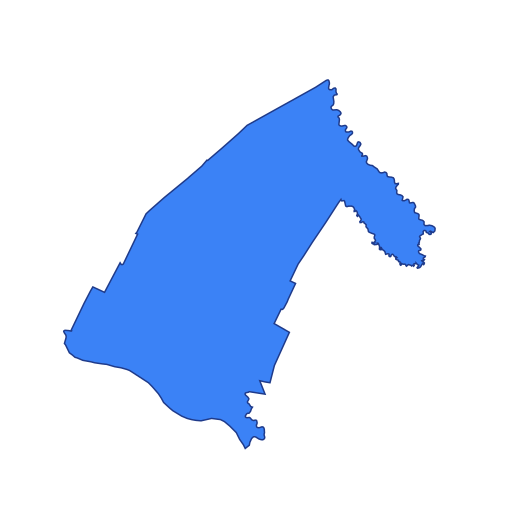 Lavalle, Corrientes, Argentina, rotated 285°
{"feature_id": "61730980B29008980854450", "entity_name": "Lavalle", "entity_type": "district", "adm_level": 2, "iso_a3": "ARG", "parent_name": "Argentina", "parent_adm1": "Corrientes", "projection": "mercator", "projection_center": [-58.887, -29.013], "detail": "fine", "context": "isolated", "style": "filled", "palette": "blue", "viewbox_px": 512, "rotation_deg": 285, "n_neighbors": 0, "source": "geoboundaries", "source_scale": "gbopen_adm2", "svg_char_len": 6100}
<svg xmlns="http://www.w3.org/2000/svg" viewBox="0 0 512 512"><g transform="rotate(285 256 256)"><path d="M444.7,280.3L444.5,279.4L443.7,278.3L434.4,269.9L379.9,213.6L369.9,207.5L351.6,195.4L335.8,184.6L335.9,183.8L328.8,180.4L314.7,170.8L313.7,170.2L288.9,152.4L272.2,141.3L268.3,138.9L248.1,134.8L246.7,134.1L246.5,136.0L213.9,129.9L213.1,129.1L212.9,128.0L214.3,126.5L181.7,119.1L183.9,106.4L179.4,105.2L165.9,102.2L136.6,96.7L136.1,97.3L135.6,96.9L135.5,94.5L134.8,90.7L133.9,89.8L133.3,89.8L132.0,90.9L130.4,92.8L129.0,93.5L127.7,93.7L121.9,93.6L120.9,95.0L114.2,100.8L112.8,104.4L111.3,107.4L111.3,109.5L110.4,115.7L111.1,124.2L111.1,127.6L112.0,135.4L112.7,139.9L112.5,148.1L113.1,154.6L113.0,160.9L112.7,163.5L105.8,184.8L102.9,189.7L97.7,197.4L94.2,201.3L90.6,204.7L86.7,212.1L85.0,215.8L82.1,225.7L81.3,231.5L81.3,236.2L81.7,240.6L82.6,245.6L87.6,255.1L88.8,264.0L87.9,268.3L85.0,274.6L80.3,282.7L74.6,287.7L70.4,292.7L67.3,295.4L71.5,298.5L74.5,298.3L78.6,299.0L80.7,300.3L81.1,301.5L81.1,302.6L80.0,306.3L79.9,308.6L80.2,310.0L80.8,310.8L81.7,311.3L82.6,311.5L83.5,311.2L85.1,310.2L86.4,309.9L87.3,310.0L90.9,308.8L92.1,308.0L92.7,306.9L92.4,305.7L91.1,303.8L90.7,302.5L90.7,301.5L91.2,300.8L92.3,300.3L93.1,300.1L94.1,300.4L95.6,300.1L97.3,299.1L97.4,298.3L97.2,297.5L96.5,296.5L96.5,295.3L96.7,294.3L98.1,292.3L98.3,291.3L97.6,289.6L97.4,288.4L97.8,287.5L98.7,287.1L100.5,287.6L101.1,287.8L101.9,288.6L102.3,289.9L102.9,290.2L104.5,290.9L107.3,291.1L109.1,291.7L109.2,289.9L111.4,287.5L111.7,286.3L112.7,285.5L113.4,285.5L115.6,286.1L116.4,286.0L117.6,284.6L118.9,282.0L119.6,281.3L120.6,281.1L121.3,281.7L122.5,284.0L123.2,284.5L124.9,300.5L136.5,291.9L136.7,297.2L137.2,302.3L155.0,302.1L190.9,308.0L195.4,291.0L211.1,294.0L211.3,295.5L213.0,296.4L219.9,298.0L222.7,298.3L239.7,301.3L240.8,295.4L259.2,298.8L268.4,302.0L283.9,306.9L306.5,314.7L328.8,321.9L332.6,323.4L331.7,323.9L331.4,324.6L332.3,326.7L331.8,327.4L327.5,329.7L327.2,330.7L327.5,331.7L328.0,332.2L328.9,335.3L328.8,336.6L328.4,337.5L327.9,338.1L326.5,339.2L325.3,339.1L324.4,339.3L324.7,340.2L325.7,340.8L325.2,341.8L324.3,342.5L323.4,343.0L321.0,342.9L320.6,343.8L322.1,344.2L321.0,345.8L318.8,348.1L317.7,348.1L316.0,347.4L315.2,347.9L315.5,348.9L316.7,350.2L316.7,351.4L315.8,351.9L315.3,353.3L314.7,354.3L312.7,354.7L311.1,357.1L308.7,358.3L308.3,359.1L307.8,362.5L307.8,363.8L307.5,365.0L306.9,365.4L304.8,365.3L303.4,365.8L302.9,366.8L301.6,367.5L300.8,367.0L299.8,367.4L299.0,366.8L298.9,366.0L299.5,365.6L299.2,364.5L298.3,364.7L298.0,365.4L298.0,366.5L297.5,367.3L298.4,369.7L298.8,370.2L299.9,369.8L299.9,370.8L297.5,372.7L296.3,373.1L296.6,374.8L295.9,375.4L295.2,375.2L295.5,374.4L295.3,373.3L294.6,373.4L294.2,374.1L294.3,374.9L295.1,376.5L294.5,377.4L294.3,378.3L293.2,379.7L292.6,379.9L291.2,380.8L292.4,382.9L292.2,384.1L291.5,384.3L290.7,384.3L290.1,384.8L290.0,385.7L290.5,386.3L291.3,386.2L292.5,386.7L293.0,387.2L292.9,388.1L291.5,389.7L291.2,390.6L291.7,391.3L290.9,392.6L290.2,391.6L289.2,391.8L288.9,392.7L288.7,394.7L288.0,394.8L287.4,395.5L287.7,396.4L287.0,397.0L285.8,397.0L285.0,397.4L284.5,398.0L285.0,398.6L286.5,398.2L286.1,400.0L286.7,402.1L286.3,402.9L285.5,403.3L285.1,404.0L287.2,405.4L287.1,407.9L286.6,409.0L287.4,409.4L287.7,410.1L287.0,410.9L287.8,411.3L288.7,410.7L289.5,410.7L290.0,412.6L290.7,412.4L289.6,414.1L289.3,414.8L289.3,415.6L288.1,415.4L286.5,414.6L286.0,415.1L286.6,416.3L287.3,417.2L288.3,417.8L291.2,418.6L291.8,419.1L291.1,420.2L291.8,420.5L292.8,420.5L293.5,419.5L293.6,418.2L294.4,417.4L295.1,419.2L296.1,419.6L296.3,418.3L297.5,418.2L299.0,419.6L299.8,419.6L299.7,418.6L300.4,415.8L300.6,413.6L301.2,412.6L302.1,411.9L303.1,411.8L303.7,412.4L303.9,413.1L304.5,413.6L305.5,413.5L306.8,411.5L307.2,410.3L307.9,409.5L308.9,409.4L309.2,410.5L309.8,410.6L310.6,409.7L311.5,410.2L313.1,409.9L314.8,410.3L315.7,410.3L316.9,409.0L317.7,409.1L320.0,411.1L320.6,411.9L322.9,411.1L324.1,411.7L324.4,412.7L323.9,414.0L323.0,414.3L322.7,415.5L322.7,416.6L321.7,417.6L321.8,418.4L322.2,419.3L323.8,419.5L324.7,417.5L325.2,418.2L324.5,421.1L326.3,422.2L327.1,422.2L328.9,421.9L329.8,421.2L330.3,420.1L330.8,418.1L330.6,415.2L330.0,414.5L329.1,411.5L329.9,410.1L332.5,409.5L333.2,408.5L333.6,407.2L333.5,405.6L333.7,404.0L334.5,403.4L337.1,403.1L338.3,402.6L338.8,401.4L339.0,398.0L340.6,397.1L342.6,396.8L344.6,397.5L345.8,397.0L348.1,395.0L348.4,393.8L347.2,391.4L347.1,390.5L349.5,389.2L350.0,388.6L349.9,387.2L348.9,386.3L347.8,385.0L347.4,383.5L347.6,382.8L351.2,382.7L352.1,381.4L352.4,379.7L352.2,377.6L352.4,376.4L353.2,375.6L355.8,375.1L357.3,373.4L358.7,373.3L361.0,374.2L362.1,374.9L363.0,374.7L362.1,372.8L361.9,371.7L363.2,370.6L364.6,370.2L366.2,369.4L367.1,368.4L367.2,366.4L366.8,364.2L366.8,362.4L368.1,361.6L369.6,361.0L370.3,360.0L370.4,358.5L369.4,357.2L368.7,355.5L368.6,354.2L369.2,353.0L371.5,350.5L372.8,346.6L373.5,345.2L373.2,342.5L373.6,340.2L374.5,338.8L375.5,338.2L378.8,338.5L380.1,338.0L381.1,337.1L381.3,335.9L380.1,333.5L379.8,332.4L380.5,332.2L381.3,332.6L382.0,332.5L382.7,332.1L383.3,329.9L383.8,329.1L385.4,327.4L386.5,327.1L387.4,327.2L389.8,328.1L391.3,328.3L392.6,327.1L392.8,326.2L392.7,325.2L392.1,324.8L391.4,324.7L388.6,324.5L387.7,323.6L387.5,322.9L387.6,322.0L388.7,320.2L390.5,316.2L391.6,314.5L392.4,314.3L393.5,314.3L395.5,314.9L396.6,315.4L398.0,316.6L398.9,317.2L399.8,317.4L400.8,317.0L401.3,316.4L401.2,315.3L399.8,313.6L399.2,311.4L399.3,310.5L400.0,310.0L401.1,309.7L403.4,310.5L404.1,310.4L404.8,309.7L405.2,308.8L405.1,308.0L403.6,305.1L403.5,303.9L403.9,302.5L404.5,302.0L409.3,301.3L410.7,300.6L411.6,299.1L412.4,299.1L413.6,300.4L414.7,301.0L415.6,301.2L416.3,300.9L417.1,300.1L418.0,298.2L418.2,296.2L416.9,292.5L417.1,291.7L417.6,290.8L419.2,289.9L420.0,290.1L422.0,291.5L423.4,291.6L425.4,291.2L429.7,289.3L431.5,289.9L432.0,290.6L432.7,292.3L433.4,292.5L434.1,291.5L435.9,290.5L437.2,290.3L438.1,290.0L438.8,289.0L438.4,288.0L437.8,287.3L436.3,286.3L435.7,284.2L436.1,283.2L437.0,282.6L440.1,282.3L441.0,282.4L442.2,282.1L444.1,281.1L444.7,280.3Z" fill="#3b82f6" stroke="#1e3a8a" stroke-width="1.5"/></g></svg>